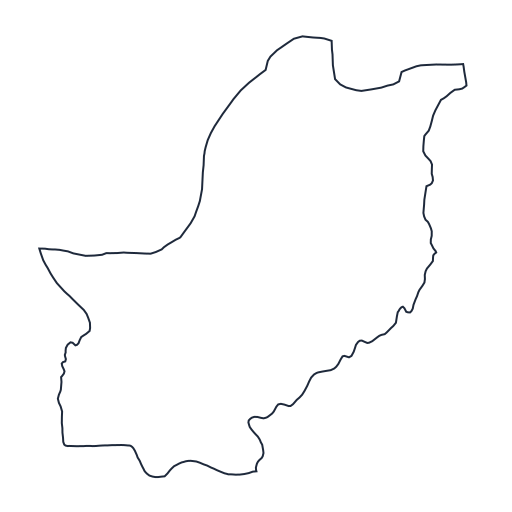 Srei Santhor, Kâmpóng Cham, Cambodia (Natural Earth projection), rotated 358°
{"feature_id": "14789045B31299536957784", "entity_name": "Srei Santhor", "entity_type": "district", "adm_level": 2, "iso_a3": "KHM", "parent_name": "Cambodia", "parent_adm1": "Kâmpóng Cham", "projection": "natural_earth1", "projection_center": [105.161, 11.842], "detail": "fine", "context": "isolated", "style": "outline", "palette": "slate", "viewbox_px": 512, "rotation_deg": 358, "n_neighbors": 0, "source": "geoboundaries", "source_scale": "gbopen_adm2", "svg_char_len": 4732}
<svg xmlns="http://www.w3.org/2000/svg" viewBox="0 0 512 512"><g transform="rotate(358 256 256)"><path d="M39.7,241.0L41.0,245.8L43.2,252.8L45.4,257.3L47.4,260.8L50.1,266.3L52.4,270.3L56.0,276.1L63.2,284.6L65.7,287.1L68.2,289.4L71.2,292.7L74.5,296.2L76.4,298.2L82.0,303.9L84.7,308.0L86.1,311.8L87.7,316.9L87.7,322.2L87.1,325.1L83.5,327.9L80.9,329.4L78.5,330.9L76.8,334.1L75.6,337.0L73.9,338.6L72.4,339.0L69.7,336.3L67.6,335.8L64.7,338.0L62.8,341.2L62.4,344.1L62.4,345.7L61.5,348.2L61.7,349.7L62.0,350.9L62.4,352.4L61.7,354.7L59.4,355.3L58.1,356.7L58.5,359.3L59.8,362.2L60.6,364.5L59.9,366.8L57.9,369.3L57.0,370.2L57.2,375.1L56.3,382.8L55.7,384.6L54.2,387.7L53.0,391.7L53.9,395.9L55.5,399.5L56.8,404.6L56.4,409.9L56.1,416.2L56.5,421.3L56.4,425.8L56.8,430.8L56.9,435.1L57.8,437.8L59.0,438.8L61.3,439.4L62.5,439.3L65.4,439.5L69.7,439.8L73.4,439.9L76.9,440.0L79.6,439.9L83.4,440.0L86.2,440.3L89.3,440.3L93.0,440.1L96.9,440.0L101.0,440.1L105.2,440.0L109.2,440.1L114.9,440.2L117.7,440.4L121.6,440.9L123.1,441.0L124.2,441.4L125.6,442.5L126.7,443.8L128.2,446.5L129.0,448.5L129.9,450.7L130.7,453.3L131.9,455.3L132.8,457.0L133.3,458.4L133.8,459.7L134.4,461.1L135.3,463.1L136.2,464.9L137.0,466.8L138.1,468.3L139.5,469.8L141.8,471.7L144.8,472.8L147.6,473.4L150.6,473.5L153.8,473.2L157.0,473.0L159.9,470.3L162.5,467.2L164.3,465.4L166.8,463.2L169.4,462.0L171.8,460.8L174.5,459.7L176.5,459.3L178.7,458.7L181.2,458.4L183.5,458.4L186.8,458.9L189.2,459.3L192.6,460.6L196.4,462.4L199.8,463.7L203.8,465.9L206.3,467.0L209.5,468.7L213.4,470.5L217.0,472.1L219.2,472.7L220.6,473.2L224.3,473.4L227.7,473.8L232.0,473.9L236.6,473.5L241.2,472.7L245.3,471.4L248.9,471.2L248.6,469.9L248.5,467.5L249.1,465.4L249.7,463.5L250.8,461.6L252.3,460.0L254.6,458.1L255.7,456.4L256.6,453.2L256.4,450.5L256.0,447.6L255.6,444.8L254.3,442.3L253.6,440.3L253.1,439.2L252.1,437.5L251.5,436.5L250.6,435.5L249.0,433.7L247.5,431.9L245.5,429.3L243.8,426.7L243.2,424.6L242.6,422.1L243.0,420.1L244.6,418.5L246.3,417.4L248.7,416.7L251.8,416.9L255.2,417.9L257.9,418.5L260.2,418.0L261.8,417.4L264.1,415.8L266.6,414.0L268.3,412.1L271.1,407.3L273.0,405.1L275.7,404.6L279.2,405.5L283.4,407.1L285.3,407.1L287.8,405.4L289.5,403.6L291.7,401.2L294.6,398.9L297.3,396.2L299.8,392.5L302.7,387.5L304.7,383.3L306.9,379.4L309.9,376.4L312.5,375.0L314.1,374.5L318.3,373.8L322.7,373.2L326.7,372.7L330.2,371.2L332.3,369.5L334.5,366.8L337.0,362.3L339.0,359.3L340.9,358.9L345.4,360.5L347.9,359.2L350.3,355.1L351.6,351.7L352.8,348.3L355.0,345.5L356.7,344.3L358.8,344.2L361.4,345.5L364.2,346.8L366.0,346.6L369.2,345.2L374.3,341.5L376.4,340.1L377.6,339.6L378.7,339.2L380.3,338.9L381.9,338.6L383.8,337.1L385.6,335.4L388.3,332.8L390.7,330.8L393.5,327.6L394.7,321.3L395.7,317.1L396.7,315.9L397.3,314.8L398.1,313.7L399.6,312.3L401.0,311.8L402.5,313.4L404.2,317.0L405.9,317.6L408.0,317.8L409.4,316.5L410.8,314.1L411.7,310.3L414.0,304.8L415.5,301.8L417.0,297.8L418.3,295.4L421.2,291.7L423.4,288.4L424.0,285.0L424.0,280.8L425.0,277.1L426.4,274.5L430.0,270.5L432.6,267.2L432.9,263.5L433.2,261.5L434.5,260.0L436.2,258.8L435.7,257.4L433.6,254.6L431.9,250.8L431.1,249.2L431.3,245.6L432.3,242.0L432.5,237.4L431.8,234.5L430.1,230.1L428.9,227.8L426.7,225.7L425.4,222.3L424.8,218.8L425.2,215.4L425.8,210.4L426.2,205.7L427.8,197.3L428.8,192.2L432.5,190.8L434.2,189.4L435.5,186.7L435.3,183.2L434.5,180.0L434.8,174.8L435.1,170.8L433.8,167.3L431.9,165.0L428.8,161.5L426.8,157.2L427.1,152.2L427.8,146.2L428.4,142.0L429.5,140.6L433.0,136.8L434.7,132.7L436.4,127.2L437.9,121.9L440.4,116.6L446.3,106.4L449.1,105.0L452.1,103.0L455.9,99.8L460.4,96.8L464.8,96.5L467.9,95.9L470.0,94.6L472.3,93.0L472.1,89.7L471.6,86.2L470.6,79.1L470.1,74.0L469.7,71.4L467.6,71.5L463.4,71.6L458.7,71.6L453.0,71.4L442.8,70.9L437.4,71.0L431.3,71.1L427.3,71.2L422.9,72.0L411.3,75.8L407.9,77.2L405.1,86.5L399.2,89.3L393.4,90.3L387.1,92.1L377.2,93.5L367.1,94.7L361.9,93.8L351.8,90.7L346.1,87.4L341.2,82.0L339.5,68.1L339.5,57.2L339.1,52.5L339.1,43.6L331.8,41.0L327.9,40.3L324.6,40.0L320.5,39.6L311.3,38.3L310.2,38.1L301.4,40.2L294.2,44.7L284.2,51.1L277.4,57.2L274.6,61.4L272.1,70.4L266.0,74.6L265.1,75.3L255.2,82.5L246.6,89.9L238.9,98.5L237.0,101.0L227.8,112.7L219.2,124.8L215.2,131.5L211.8,138.5L209.5,145.4L208.4,149.4L208.1,151.6L207.5,154.1L206.8,163.5L205.8,170.5L205.0,180.1L204.4,187.4L201.8,199.1L200.0,204.1L197.8,209.5L196.0,214.2L191.8,221.0L185.4,229.1L181.2,234.5L180.3,235.2L176.4,236.9L172.1,239.3L168.2,241.4L164.3,244.0L162.0,246.1L156.1,248.5L150.8,250.0L145.5,249.7L136.5,248.9L128.9,248.4L126.4,248.2L123.9,247.9L117.6,248.2L110.1,248.1L106.5,247.9L102.2,249.4L94.6,249.9L85.8,249.9L73.5,247.0L68.2,244.8L63.8,243.9L59.9,243.0L55.7,242.5L52.2,242.3L49.1,242.0L45.3,241.3L39.7,241.0Z" fill="none" stroke="#1e293b" stroke-width="2"/></g></svg>